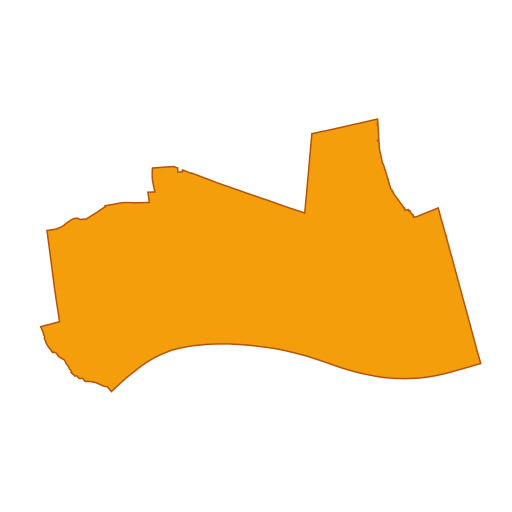 the district of Waalwijk, Noord-Brabant, Netherlands, rotated 177°
{"feature_id": "6326949B71985362418068", "entity_name": "Waalwijk", "entity_type": "district", "adm_level": 2, "iso_a3": "NLD", "parent_name": "Netherlands", "parent_adm1": "Noord-Brabant", "projection": "mercator", "projection_center": [5.025, 51.687], "detail": "fine", "context": "isolated", "style": "filled", "palette": "amber", "viewbox_px": 512, "rotation_deg": 177, "n_neighbors": 0, "source": "geoboundaries", "source_scale": "gbopen_adm2", "svg_char_len": 5965}
<svg xmlns="http://www.w3.org/2000/svg" viewBox="0 0 512 512"><g transform="rotate(177 256 256)"><path d="M193.9,375.2L193.9,374.6L194.3,371.7L194.5,370.1L194.9,367.7L195.7,362.1L196.1,359.0L196.8,354.4L197.4,350.3L197.8,347.2L197.9,346.3L198.4,343.2L198.8,340.0L199.4,335.8L199.9,332.3L202.5,314.4L205.1,296.3L208.5,297.8L214.8,300.2L220.3,302.3L224.7,304.1L228.6,305.6L234.1,308.0L235.5,308.6L237.7,309.5L241.3,311.0L243.7,311.9L245.8,312.7L247.5,313.4L249.7,314.3L250.5,314.7L250.9,314.8L253.6,315.9L254.4,316.2L257.8,317.6L263.6,319.9L264.0,320.1L264.5,320.2L264.5,320.3L265.6,320.8L265.8,320.9L272.7,323.7L277.2,325.5L279.2,326.3L280.5,326.9L283.1,327.9L292.5,331.8L293.3,332.2L295.3,333.1L297.4,334.0L300.0,335.2L308.0,338.7L312.7,340.8L315.8,342.1L316.4,342.3L316.5,342.0L318.3,342.7L319.2,343.2L325.0,345.8L325.0,345.6L324.9,344.2L325.0,344.2L327.0,343.9L329.5,343.7L329.7,348.0L331.9,348.9L332.8,349.2L333.2,349.4L333.6,349.6L333.8,349.7L334.2,349.7L335.8,349.7L336.2,349.7L336.9,349.6L338.0,349.6L339.4,349.6L342.4,349.6L343.0,349.6L344.3,349.5L344.6,349.5L345.4,349.5L349.6,349.4L353.2,349.3L354.7,349.3L354.8,348.8L355.0,347.8L355.1,346.7L355.3,344.4L355.4,342.7L355.5,341.1L355.5,339.4L355.4,337.6L355.3,336.0L355.1,334.6L354.8,332.5L354.5,330.4L354.1,328.5L353.8,326.8L354.0,326.8L353.9,326.1L353.7,325.3L359.5,325.3L360.6,325.4L360.1,319.6L359.7,315.4L359.7,315.1L369.2,315.3L374.7,315.5L377.4,315.8L381.1,316.1L381.7,316.1L385.5,316.3L388.0,316.1L388.8,316.1L391.1,315.7L394.6,315.2L397.9,314.8L399.4,314.6L400.0,314.6L404.1,314.1L403.9,313.1L406.4,311.7L409.4,309.9L413.1,307.6L415.3,306.5L418.2,304.9L420.7,303.4L423.7,301.8L424.5,301.5L424.9,301.5L425.6,301.8L426.3,302.0L428.2,301.6L429.2,301.6L429.3,301.6L430.5,302.1L431.7,302.7L432.4,303.1L432.7,303.2L433.0,303.2L435.6,302.9L437.4,302.4L438.3,301.9L440.8,300.5L441.3,300.2L442.6,299.5L444.6,298.0L445.3,297.5L445.6,297.1L446.6,296.5L448.6,295.3L449.4,295.0L450.2,294.8L451.5,294.3L452.2,294.2L452.7,293.9L453.0,293.5L457.3,293.0L463.4,292.4L461.7,270.8L460.9,260.5L459.5,242.2L459.1,237.6L458.9,234.3L458.2,227.1L457.8,222.7L457.3,217.6L456.6,211.1L456.0,204.7L455.6,200.7L474.8,196.7L474.4,195.7L474.2,195.3L474.1,195.1L474.0,194.7L473.7,193.9L473.0,192.2L472.9,191.6L472.6,190.8L472.4,190.3L472.3,189.8L472.3,188.7L472.3,188.4L472.2,188.2L471.7,187.6L471.4,187.2L471.4,186.5L471.4,186.2L471.6,185.7L471.6,185.0L471.6,184.6L471.4,184.1L471.2,183.7L470.4,181.2L470.4,180.8L470.3,180.4L469.9,179.6L469.4,178.4L469.0,177.9L468.5,176.8L467.3,174.8L466.7,174.1L466.4,173.7L466.2,173.6L465.8,173.5L465.6,173.3L465.5,172.7L465.6,172.1L465.4,171.8L464.6,170.9L464.4,170.3L464.2,170.1L463.7,170.4L463.4,170.6L462.9,170.5L462.7,170.5L461.4,169.9L461.0,169.8L460.4,169.1L460.1,168.8L459.0,166.8L458.7,166.5L458.3,166.1L458.1,165.8L457.9,165.6L457.6,165.4L454.9,163.4L454.5,163.3L454.0,163.0L453.6,162.9L453.3,162.5L453.0,162.3L452.6,161.8L452.4,161.5L451.4,158.9L450.7,158.0L450.0,156.8L449.2,155.8L448.7,154.4L448.4,153.6L448.0,152.7L447.5,152.2L446.9,151.2L446.2,149.7L446.7,149.2L446.0,148.5L445.2,147.7L444.5,147.1L443.8,146.4L443.2,145.6L442.7,145.6L442.4,145.7L441.3,145.7L440.9,145.3L440.0,144.1L439.1,143.1L438.5,142.8L437.9,142.7L436.3,143.1L436.0,143.1L435.6,143.0L435.3,142.7L435.0,142.1L434.6,141.5L433.3,139.7L427.1,139.2L422.2,137.8L415.2,134.1L412.8,133.4L411.5,133.4L411.3,133.2L409.6,130.9L407.5,128.2L407.1,128.6L405.4,129.9L403.6,131.5L400.2,134.3L398.1,136.1L395.2,138.4L392.4,140.8L387.7,144.1L384.7,146.3L383.2,147.3L376.2,152.2L371.1,155.4L368.5,156.8L363.9,159.2L358.4,161.7L356.9,162.2L353.5,163.5L348.0,165.4L345.3,166.3L343.9,166.6L342.3,166.9L341.0,167.2L336.0,168.1L333.4,168.5L329.6,169.0L327.6,169.3L324.4,169.6L317.1,170.0L309.6,170.3L303.8,170.3L296.8,170.1L289.5,169.7L287.7,169.6L284.7,169.3L282.4,169.0L277.5,168.5L270.7,167.7L264.1,166.7L259.3,165.9L256.2,165.3L246.9,163.6L243.6,162.9L240.1,162.1L236.3,161.2L230.6,159.6L223.7,157.6L215.8,155.1L209.3,152.9L202.7,150.4L192.5,146.4L182.4,142.2L176.2,139.7L173.9,138.9L166.0,136.1L157.9,133.6L153.4,132.3L151.2,131.8L143.8,129.9L138.8,128.8L134.2,127.9L128.8,127.2L124.9,126.7L124.5,126.6L124.1,126.5L119.2,126.1L113.1,125.7L108.5,125.6L105.2,125.6L103.4,125.6L99.6,125.6L94.3,125.9L88.4,126.4L85.5,126.8L82.8,127.1L77.9,127.9L75.4,128.3L69.9,129.4L65.8,130.3L52.9,133.2L48.1,134.3L45.0,135.1L42.3,135.7L37.2,136.9L38.4,141.9L38.4,142.1L39.7,147.8L40.2,149.9L44.3,169.2L44.7,170.8L45.1,173.0L45.3,174.1L50.0,195.6L50.9,199.8L51.0,200.3L51.6,202.7L52.2,205.8L52.9,209.1L53.5,211.9L54.1,214.5L55.2,219.6L60.1,242.7L60.4,244.0L60.9,246.1L61.6,249.4L62.8,254.7L63.1,256.3L63.8,259.3L64.3,261.8L65.2,265.9L64.9,265.8L65.0,266.1L65.2,267.0L65.5,267.1L66.5,271.6L67.6,276.6L68.1,278.7L69.3,284.1L70.5,289.5L70.6,290.3L71.6,294.5L72.8,294.1L73.6,293.8L75.5,293.1L82.2,290.8L91.7,287.5L93.8,286.8L95.1,286.6L96.6,286.6L96.8,288.7L98.6,290.1L99.4,292.2L100.1,293.4L101.2,293.0L101.7,294.5L104.0,293.8L104.6,294.7L104.9,294.6L104.7,295.0L105.5,296.1L105.4,296.2L105.6,296.3L115.6,311.5L115.4,312.0L115.9,313.2L116.6,313.4L116.7,314.3L116.9,314.9L117.0,315.4L118.1,316.3L118.3,317.6L118.5,318.4L120.0,324.6L119.6,325.2L120.4,326.6L121.3,330.4L122.1,333.6L122.4,335.2L122.6,335.7L122.8,335.7L122.8,335.8L123.6,339.3L123.8,340.0L124.7,342.2L125.0,342.9L125.1,343.4L125.3,344.8L126.0,349.7L126.2,351.2L126.3,351.4L126.6,352.7L126.7,353.2L127.0,355.8L127.2,356.8L127.2,357.2L127.1,357.8L127.1,361.2L127.1,361.4L127.2,362.8L127.3,364.5L128.5,364.4L128.6,365.2L127.4,365.3L127.2,366.0L127.3,368.7L127.2,370.5L127.2,375.0L127.2,376.6L127.2,377.2L127.4,380.0L127.8,380.0L127.8,380.4L127.9,380.9L127.5,381.0L127.6,381.8L127.7,382.6L127.3,382.6L127.3,383.1L127.4,383.4L127.4,384.2L127.4,385.2L127.5,386.4L129.2,386.1L136.7,384.8L139.1,384.4L144.0,383.5L147.5,382.9L148.9,382.7L162.0,380.4L169.8,379.1L173.7,378.4L174.9,378.2L182.2,377.0L182.5,377.1L187.1,376.3L193.9,375.2Z" fill="#f59e0b" stroke="#b45309" stroke-width="1.5"/></g></svg>